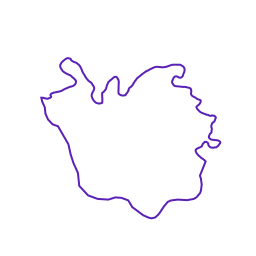 outline of Junggang, Chagang-do, North Korea, rotated 20°
{"feature_id": "82179303B78642437827574", "entity_name": "Junggang", "entity_type": "district", "adm_level": 2, "iso_a3": "PRK", "parent_name": "North Korea", "parent_adm1": "Chagang-do", "projection": "robinson", "projection_center": [126.877, 41.668], "detail": "fine", "context": "isolated", "style": "outline", "palette": "violet", "viewbox_px": 256, "rotation_deg": 20, "n_neighbors": 0, "source": "geoboundaries", "source_scale": "gbopen_adm2", "svg_char_len": 5703}
<svg xmlns="http://www.w3.org/2000/svg" viewBox="0 0 256 256"><g transform="rotate(20 128 128)"><path d="M159.2,201.0L159.9,201.1L172.1,204.8L178.4,205.2L181.1,204.8L184.1,202.8L185.6,200.0L186.7,197.3L188.6,189.4L190.6,183.9L193.0,181.5L199.1,178.3L208.2,175.6L214.0,172.2L216.0,169.8L217.1,167.0L218.0,164.4L217.9,161.6L216.6,155.9L213.8,150.6L211.9,148.2L212.4,132.9L211.1,132.2L209.5,131.6L206.7,130.9L204.9,130.1L203.6,129.7L202.6,129.2L202.2,128.8L201.5,128.5L200.7,127.9L200.0,127.1L199.5,126.6L199.4,126.4L199.2,125.8L199.1,125.2L199.9,123.9L200.6,123.0L201.7,122.1L202.8,120.9L203.3,120.4L203.6,120.0L203.6,119.4L203.6,119.0L203.8,117.7L203.8,117.3L203.9,116.8L204.3,116.2L204.4,115.9L204.7,115.1L204.9,114.8L205.5,114.6L205.8,114.4L206.2,114.3L207.1,114.4L207.9,114.6L208.6,115.0L208.9,115.7L209.4,116.5L209.8,116.9L210.2,117.2L211.2,117.7L212.2,117.9L213.3,117.9L214.2,117.5L215.1,117.3L215.5,117.0L215.9,116.8L216.2,116.5L217.0,116.2L217.4,116.0L217.7,115.7L218.5,114.4L218.7,114.0L218.9,113.7L219.1,113.0L219.1,112.6L219.2,112.2L219.5,111.5L219.7,110.9L219.8,110.5L219.7,110.1L219.6,109.8L218.9,109.3L218.2,109.0L217.9,109.0L217.2,108.9L215.7,109.1L215.0,109.3L214.6,109.4L213.4,109.7L211.6,110.1L210.8,110.3L210.2,110.4L209.0,110.1L208.1,109.9L207.5,109.4L207.3,109.2L207.0,108.5L206.9,108.1L207.0,107.7L206.9,107.3L207.0,105.6L207.3,104.9L207.7,104.3L207.8,103.9L207.9,103.4L207.4,102.0L207.3,100.7L207.0,99.9L206.8,99.6L206.6,99.3L206.2,98.9L205.9,98.4L205.7,98.1L205.5,97.0L205.5,95.8L205.4,95.2L205.6,94.3L205.8,93.9L206.1,93.6L206.4,93.4L206.6,93.0L206.8,92.6L207.0,91.3L207.0,90.8L207.0,88.5L206.9,88.1L206.6,87.8L206.2,87.5L205.5,87.2L205.1,87.0L202.4,87.5L202.2,87.8L201.9,88.1L201.3,88.4L200.9,88.5L200.0,88.5L199.2,88.3L198.6,88.3L197.7,88.6L197.3,88.6L192.0,88.5L190.8,88.3L190.3,88.2L188.9,87.6L187.1,86.7L185.9,85.9L185.4,85.4L185.2,85.1L185.1,84.9L185.3,84.1L186.0,82.8L186.3,82.5L186.9,81.2L187.0,80.9L187.1,80.4L187.3,79.7L187.3,79.3L187.3,78.5L187.1,77.6L186.8,77.3L186.2,77.0L183.9,77.1L182.6,76.9L180.3,76.3L178.7,76.2L177.3,75.8L176.5,75.4L176.0,75.0L175.6,74.5L175.4,74.1L174.9,71.7L174.2,70.5L174.0,70.1L173.5,69.7L173.0,69.5L172.5,69.3L170.7,69.5L170.2,69.5L168.5,69.7L166.8,70.1L166.1,70.4L165.3,70.7L164.4,70.9L164.1,70.9L163.2,71.2L161.8,71.5L158.9,72.3L158.1,72.4L157.4,72.5L156.9,72.3L155.7,71.8L155.5,71.5L155.1,71.2L154.0,70.4L153.8,69.9L153.6,69.6L153.5,68.1L153.6,67.8L153.6,67.2L153.7,65.3L153.9,64.7L154.1,64.1L154.5,63.6L155.0,63.3L155.3,63.1L156.1,62.9L156.7,62.8L157.4,62.9L158.6,63.1L159.0,63.1L160.0,62.8L160.3,62.7L160.9,62.2L161.1,61.8L161.6,60.7L161.7,60.2L161.7,59.5L161.5,58.1L161.7,57.0L161.7,56.4L161.6,55.4L161.4,54.3L160.8,53.0L160.2,52.2L159.9,52.0L159.4,51.7L158.9,51.4L157.9,51.1L156.2,50.8L155.7,50.8L154.9,50.8L153.9,51.2L153.1,51.6L152.1,51.9L151.3,52.1L150.8,52.3L150.4,52.5L148.0,53.4L146.8,54.3L143.2,57.3L141.8,58.1L139.7,59.2L137.3,59.8L135.1,60.3L133.6,60.9L132.7,61.4L130.6,63.2L130.0,64.0L129.3,64.6L128.7,65.2L128.4,65.6L127.8,66.3L127.2,67.1L126.9,67.4L126.6,67.6L125.9,68.2L125.7,68.6L125.3,68.8L125.1,69.3L123.7,71.4L122.9,72.6L122.6,73.0L121.8,74.5L121.4,75.0L121.1,75.6L119.6,78.0L119.0,80.0L118.6,81.4L118.5,81.6L118.4,81.7L118.3,82.6L118.1,83.3L118.0,83.7L118.0,84.1L117.8,84.6L117.7,85.9L117.2,87.3L116.6,88.5L115.9,89.4L115.4,90.5L115.4,91.3L115.6,92.1L115.7,92.5L115.6,93.0L115.4,93.4L115.3,94.6L115.2,95.3L114.8,96.3L114.5,96.9L114.5,97.6L114.4,98.0L114.2,98.2L112.2,99.2L111.1,99.5L110.7,99.6L109.4,99.5L108.8,99.4L108.2,99.3L107.5,98.9L106.6,97.3L106.0,95.3L105.3,93.2L105.1,92.7L104.1,89.4L103.9,89.0L103.5,87.6L102.6,86.2L102.4,85.9L101.8,85.5L101.0,84.8L100.4,84.3L99.9,84.1L99.1,84.0L98.6,84.2L98.4,84.3L97.6,85.0L97.4,85.3L97.1,85.6L97.0,85.8L96.6,86.7L95.1,89.2L94.3,90.8L94.0,91.2L93.9,91.6L93.7,93.6L93.7,95.2L93.7,96.7L93.9,98.3L93.9,98.9L93.5,100.4L93.3,100.7L93.1,101.4L93.0,101.8L92.7,102.7L92.1,103.2L91.8,103.7L91.8,104.1L92.0,104.9L92.3,105.4L93.1,107.6L93.2,107.9L93.4,108.2L93.7,108.7L94.3,110.5L94.7,111.4L95.1,113.1L94.9,113.4L94.2,114.0L93.0,114.7L92.5,114.9L92.0,115.0L90.9,115.2L89.7,115.2L88.8,115.1L87.9,114.7L86.5,114.0L86.2,113.8L85.3,113.1L84.0,111.8L83.4,111.1L82.9,110.3L82.6,109.5L82.5,108.4L82.5,107.0L82.8,104.9L82.8,103.1L82.8,102.6L82.4,101.7L82.1,101.2L80.9,100.2L79.9,99.5L78.9,98.6L78.6,98.4L78.1,98.1L77.8,98.0L77.4,97.8L76.4,97.7L76.0,97.5L74.7,97.1L72.7,96.0L71.1,94.9L70.1,94.2L68.8,92.9L68.1,92.5L67.2,91.8L65.4,90.1L64.4,88.8L63.7,88.2L63.4,87.8L62.5,87.1L62.2,86.7L61.3,86.1L60.4,85.5L59.5,85.2L57.3,84.4L56.4,84.4L54.3,84.4L53.9,84.3L53.1,84.2L52.6,84.1L51.3,83.6L51.1,83.5L50.8,82.9L50.4,82.8L50.1,82.7L47.9,82.8L47.2,83.1L46.9,83.3L45.7,84.6L45.3,85.2L44.1,87.3L43.3,88.9L43.1,89.5L43.0,90.7L42.8,91.4L42.8,92.1L43.0,92.7L43.3,93.4L44.2,94.6L46.4,96.3L47.1,96.7L47.6,97.0L48.9,97.4L51.3,97.9L52.8,98.1L54.5,98.2L55.1,98.2L55.6,98.2L56.9,98.6L58.3,99.3L60.1,99.9L60.9,100.3L62.0,100.8L62.6,101.2L62.9,101.4L63.1,101.8L63.2,102.2L63.5,103.5L63.5,103.9L63.5,104.7L63.2,105.4L62.6,106.5L61.6,107.6L60.5,108.5L60.1,108.6L59.1,109.4L58.8,109.7L57.6,110.7L57.1,111.3L55.7,112.5L55.1,113.1L54.3,114.1L53.6,115.0L52.7,115.9L51.2,117.1L49.8,117.9L48.1,119.0L47.4,119.4L46.9,119.7L46.2,120.1L45.0,121.2L44.7,121.4L44.1,122.1L44.0,122.3L43.8,123.1L43.8,123.4L44.1,123.9L44.9,124.6L45.1,125.1L45.1,125.4L45.0,125.6L44.8,125.9L44.0,126.7L42.8,127.8L42.3,128.1L41.4,128.3L40.9,128.3L40.1,128.5L37.9,128.6L36.2,129.2L38.4,132.6L42.7,137.0L45.6,142.9L50.0,147.4L55.8,150.3L61.6,150.3L77.5,163.6L83.2,172.5L89.0,179.9L96.3,187.3L102.0,199.1L113.6,205.0L123.8,205.0L134.0,202.0L139.9,197.5L145.7,195.9L153.0,195.9L159.2,201.0Z" fill="none" stroke="#5b21b6" stroke-width="2"/></g></svg>